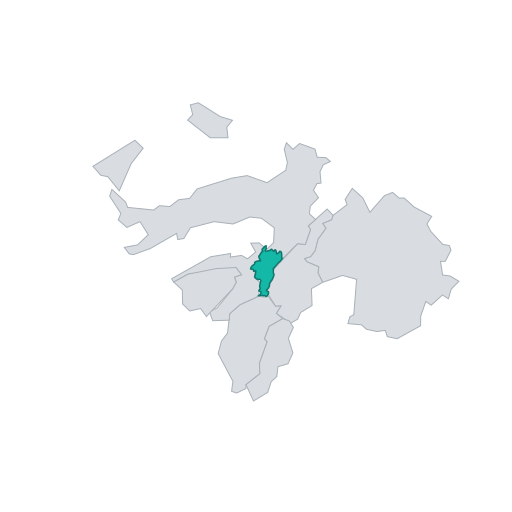 Slovenia highlighted among its neighbors, rotated 122°
{"feature_id": "SVN", "entity_name": "Slovenia", "entity_type": "country or territory", "adm_level": 0, "iso_a3": "SVN", "parent_name": "Europe", "parent_adm1": "", "projection": "equal_earth", "projection_center": [14.844, 46.146], "detail": "fine", "context": "with_neighbors", "style": "filled", "palette": "teal", "viewbox_px": 512, "rotation_deg": 122, "n_neighbors": 7, "source": "natural_earth", "source_scale": "50m", "svg_char_len": 5115}
<svg xmlns="http://www.w3.org/2000/svg" viewBox="0 0 512 512"><g transform="rotate(122 256 256)"><path d="M294.6,190.9L293.9,208.3L285.2,208.4L288.3,212.7L280.3,229.0L266.6,229.5L258.7,234.1L223.5,227.3L220.1,220.3L204.7,223.8L202.8,227.6L178.5,220.6L180.6,212.1L185.3,211.0L193.0,216.6L195.3,211.3L209.0,212.2L220.1,208.6L227.6,209.2L232.4,213.3L233.8,209.9L231.8,197.0L237.4,194.4L242.9,185.4L254.3,191.7L268.3,182.2L280.2,188.2L287.5,187.2L294.6,190.9Z" fill="#d9dde1" stroke="#a8b0b8" stroke-width="1"/><path d="M373.6,194.3L382.4,199.7L383.7,205.0L374.5,209.2L358.8,236.4L346.3,240.2L336.5,239.3L318.8,247.7L305.8,243.8L288.9,232.6L285.8,225.8L283.2,225.6L288.3,212.7L285.2,208.4L293.9,208.3L295.0,200.2L308.7,207.5L321.6,205.0L322.8,201.1L345.2,196.2L353.7,190.3L370.4,196.3L373.6,194.3Z" fill="#d9dde1" stroke="#a8b0b8" stroke-width="1"/><path d="M251.4,92.5L254.8,101.9L250.6,106.9L256.0,113.5L259.6,123.5L258.5,130.1L264.6,142.2L257.9,144.2L253.9,142.0L222.5,158.3L226.6,172.3L242.9,185.4L237.4,194.4L231.8,197.0L233.8,209.9L232.4,213.3L227.6,209.2L220.1,208.6L209.0,212.2L195.3,211.3L193.0,216.6L185.3,211.0L180.6,212.1L164.2,206.0L160.8,210.4L147.6,210.2L150.2,196.1L158.6,182.6L136.7,179.0L129.7,173.9L131.0,165.4L128.3,161.0L130.7,148.0L129.3,128.0L138.3,128.0L142.5,120.9L147.2,103.8L144.7,97.6L147.8,93.7L160.2,92.7L162.8,96.7L173.2,87.7L170.1,80.8L169.9,70.5L180.8,72.9L190.3,70.2L190.3,77.2L204.9,81.4L204.6,87.9L219.6,84.5L228.0,79.5L251.4,92.5Z" fill="#d9dde1" stroke="#a8b0b8" stroke-width="1"/><path d="M288.9,232.6L305.8,243.8L318.8,247.7L324.6,244.7L333.8,258.4L327.9,266.1L320.6,261.5L296.1,258.4L288.7,258.9L285.3,263.1L279.6,258.4L276.4,266.9L307.4,304.0L321.7,312.0L320.0,315.5L280.7,294.1L267.3,278.8L270.5,277.2L263.2,268.6L262.9,261.7L252.8,258.4L247.9,267.3L243.3,260.4L244.2,253.0L255.2,253.7L258.1,250.2L269.6,254.0L269.6,248.3L275.0,246.2L276.5,238.0L288.9,232.6Z" fill="#d9dde1" stroke="#a8b0b8" stroke-width="1"/><path d="M193.4,224.8L202.8,227.6L204.7,223.8L220.1,220.3L223.5,227.3L245.8,232.5L244.0,242.5L247.8,251.1L235.3,248.2L222.4,255.4L221.1,271.4L226.2,281.9L241.0,292.4L249.0,309.6L266.8,326.6L279.5,326.5L283.5,331.1L278.9,335.3L305.5,349.5L319.7,360.6L321.4,364.6L318.5,372.3L309.3,362.3L295.0,358.7L288.3,372.6L300.2,380.6L298.4,391.9L291.5,393.2L282.8,411.8L275.9,413.5L279.3,395.2L282.8,390.6L271.3,367.2L264.5,364.5L259.7,355.3L249.3,351.4L242.3,342.8L230.3,341.5L203.2,318.2L192.5,306.1L188.0,285.5L167.5,276.2L160.0,279.0L150.5,288.6L143.8,290.2L146.0,281.2L137.5,278.6L134.1,262.6L139.8,256.4L135.5,248.7L136.5,243.0L143.0,247.3L150.6,246.4L159.7,239.5L162.3,242.7L169.8,242.1L173.5,233.9L185.0,236.4L192.0,233.0L193.4,224.8ZM243.8,410.8L273.2,406.5L267.3,423.7L269.8,430.5L266.3,441.8L222.0,420.0L224.4,408.8L243.8,410.8ZM162.3,349.0L170.6,342.4L180.0,357.5L177.0,386.0L169.6,384.6L162.7,391.8L156.6,386.1L156.7,360.1L153.4,347.9L162.3,349.0Z" fill="#d9dde1" stroke="#a8b0b8" stroke-width="1"/><path d="M380.3,181.3L370.4,196.3L353.7,190.3L345.2,196.2L322.8,201.1L321.6,205.0L308.7,207.5L295.0,200.2L293.4,193.4L296.7,186.5L308.7,184.9L318.7,173.3L330.4,171.8L338.3,178.7L347.2,174.5L354.5,176.5L365.4,173.8L380.3,181.3Z" fill="#d9dde1" stroke="#a8b0b8" stroke-width="1"/><path d="M321.7,312.0L307.4,304.0L287.7,283.0L276.4,266.9L279.6,258.4L285.3,263.1L288.7,258.9L296.1,258.4L333.6,266.0L329.9,275.1L337.7,283.0L335.6,292.8L323.9,300.5L321.7,312.0Z" fill="#d9dde1" stroke="#a8b0b8" stroke-width="1"/><path d="M288.2,232.7L286.8,232.2L285.1,232.0L284.8,232.3L284.1,232.5L283.8,233.0L284.1,234.9L283.7,235.3L281.8,235.1L281.2,235.3L280.1,236.6L279.1,237.2L277.7,237.6L276.8,238.1L275.5,238.5L274.4,238.7L274.0,239.3L273.8,240.0L273.8,240.6L274.9,241.8L275.1,243.1L275.0,244.8L274.7,245.6L274.3,246.2L271.6,246.9L268.8,248.2L268.8,248.6L270.0,249.7L270.1,250.0L269.0,250.7L268.9,251.4L269.1,252.1L269.6,252.9L269.8,253.7L268.3,254.2L266.2,254.0L263.8,253.0L262.9,253.1L262.1,253.7L261.2,253.4L260.3,252.8L259.0,251.5L258.3,250.7L258.1,249.9L257.7,249.8L257.1,250.0L256.7,251.0L255.5,252.9L254.6,253.4L253.2,253.3L251.3,253.3L250.1,253.4L248.6,252.8L248.3,252.9L248.3,253.3L247.7,254.0L246.8,254.4L242.7,253.5L242.1,252.6L243.0,252.3L244.3,251.2L245.2,251.3L246.3,251.1L246.8,250.6L246.1,249.3L244.4,247.7L243.5,247.0L242.2,246.6L242.0,246.2L242.7,243.6L242.5,243.2L241.1,243.3L240.7,243.1L240.6,242.6L240.7,242.0L241.7,241.0L242.8,240.1L243.1,239.6L243.0,239.2L241.7,238.8L240.8,238.4L240.2,238.3L239.7,238.5L239.4,238.3L239.1,237.5L239.4,236.4L240.7,235.3L242.0,234.4L243.1,233.7L243.8,233.4L244.1,232.3L244.8,232.4L246.2,232.5L247.7,232.7L249.1,233.1L250.4,233.5L253.0,233.9L255.4,234.2L256.1,234.4L256.7,234.4L257.4,234.7L257.9,234.5L258.2,234.0L259.5,233.4L260.7,232.7L261.5,231.8L262.0,231.1L262.8,230.6L263.7,230.4L264.5,230.2L267.9,229.8L271.3,230.1L273.0,229.6L274.3,228.7L276.3,228.5L276.4,228.4L279.4,229.1L279.6,228.7L279.8,228.5L279.7,226.6L280.6,225.8L281.5,225.4L284.5,225.5L284.9,226.1L285.0,227.0L285.3,228.2L285.8,228.6L286.1,229.1L286.0,229.9L286.6,230.5L288.0,232.3L288.2,232.7Z" fill="#14b8a6" stroke="#0f766e" stroke-width="1.5"/></g></svg>